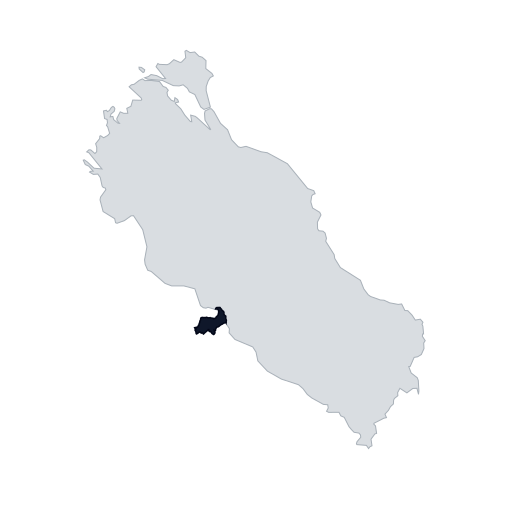 location of Hatay within Turkey, rotated 47°
{"feature_id": "TUR-2289", "entity_name": "Hatay", "entity_type": "Province", "adm_level": 1, "iso_a3": "TUR", "parent_name": "Turkey", "parent_adm1": "", "projection": "orthographic", "projection_center": [36.26, 36.42], "detail": "fine", "context": "in_parent", "style": "filled", "palette": "ink", "viewbox_px": 512, "rotation_deg": 47, "n_neighbors": 0, "source": "natural_earth", "source_scale": "10m", "svg_char_len": 5654}
<svg xmlns="http://www.w3.org/2000/svg" viewBox="0 0 512 512"><g transform="rotate(47 256 256)"><path d="M390.4,182.2L397.4,184.3L399.5,182.3L405.8,182.2L411.5,183.2L414.3,178.9L418.3,179.1L419.2,181.2L421.1,181.8L427.3,186.6L426.7,187.3L428.2,189.1L433.3,190.0L434.0,192.7L438.3,196.3L440.8,202.3L439.9,206.6L438.0,209.5L441.9,218.5L441.0,219.7L447.4,222.3L455.1,221.1L457.7,222.2L465.8,228.9L468.0,231.5L462.5,228.5L459.8,231.7L459.0,239.0L450.9,241.0L452.5,245.6L454.9,247.5L454.6,252.0L455.3,253.7L457.9,256.4L457.9,260.4L459.2,264.5L459.6,269.5L463.2,270.8L461.8,273.2L458.8,283.7L459.2,284.5L461.8,284.5L468.0,288.8L467.2,290.4L468.4,296.8L473.9,300.6L473.2,302.9L473.6,305.0L469.8,304.4L462.8,310.8L461.9,310.7L460.7,308.8L460.0,303.0L458.1,301.6L455.7,301.5L451.8,304.5L448.1,304.6L444.3,304.4L434.2,301.5L430.7,303.0L426.9,301.9L419.9,309.5L417.7,310.3L416.4,306.8L413.7,305.0L410.5,307.9L398.0,312.0L392.2,312.9L385.0,312.1L379.1,312.7L363.3,321.4L347.9,326.2L334.0,326.2L326.3,321.5L320.3,320.4L302.7,328.3L293.9,328.1L291.0,325.0L284.3,323.8L282.9,326.8L281.5,333.9L283.9,340.5L280.1,340.9L277.7,342.4L277.0,347.3L273.5,349.2L272.4,352.3L271.8,352.4L266.2,349.8L267.7,347.4L264.3,338.3L266.0,335.4L273.2,328.0L273.0,323.7L270.0,320.6L260.8,326.1L260.0,328.2L257.9,329.8L254.4,330.4L238.3,323.1L228.6,329.2L220.3,338.1L214.0,341.2L195.8,343.2L192.6,344.9L186.4,342.7L182.8,340.1L174.9,329.5L159.5,320.9L143.0,318.1L141.4,320.0L140.4,328.0L137.3,335.3L135.9,336.0L132.3,333.9L119.2,337.5L108.6,331.8L106.9,329.5L105.1,320.6L103.5,319.9L101.7,321.0L99.8,320.8L92.4,316.4L88.2,315.8L85.4,319.3L81.1,320.5L81.1,319.4L82.9,317.2L76.3,317.0L72.7,318.5L68.1,317.0L68.5,316.0L72.4,315.2L81.3,314.6L87.3,309.3L66.5,307.8L64.4,308.8L64.4,305.8L65.7,304.5L71.2,303.9L71.1,301.4L68.0,298.4L64.5,296.7L63.5,290.2L61.8,288.5L62.1,287.6L65.6,286.8L66.7,282.3L66.5,279.4L60.2,276.3L58.6,276.4L57.3,273.8L54.6,271.8L52.2,273.0L45.9,268.6L47.4,266.0L49.1,266.2L49.6,264.1L48.7,260.5L49.0,258.6L50.5,258.3L52.1,258.8L53.5,261.1L53.3,265.2L54.8,267.8L56.3,265.5L59.2,267.1L64.7,266.4L65.9,265.4L61.9,265.1L60.5,264.0L58.0,257.0L61.5,255.4L64.2,252.4L59.9,249.8L61.2,245.4L57.9,239.8L63.8,233.8L63.6,232.8L62.0,232.2L45.7,233.4L45.8,230.4L47.3,228.0L47.9,221.6L49.0,218.3L52.0,217.6L56.2,212.9L62.6,207.6L68.7,208.3L71.3,206.9L74.9,207.1L75.7,209.6L78.7,211.5L84.3,211.7L87.2,210.4L84.9,207.3L88.1,206.6L90.6,207.6L88.9,210.6L89.7,211.0L97.0,210.6L104.5,212.0L112.9,212.3L114.0,211.4L108.4,207.7L112.4,205.2L114.6,204.8L132.3,203.4L132.4,202.8L121.8,200.6L116.6,196.4L115.2,194.3L116.7,189.4L118.0,188.2L121.8,188.3L134.8,191.5L144.3,190.7L154.3,194.6L164.1,194.5L166.3,193.1L169.0,188.5L183.2,181.2L188.2,177.3L209.9,170.1L241.9,172.2L247.6,169.2L250.8,170.3L249.9,172.3L250.0,174.2L253.8,179.0L259.5,181.9L267.5,179.6L270.3,180.5L273.1,188.0L278.1,192.4L280.4,192.8L283.5,190.1L286.3,189.8L291.1,192.4L292.8,195.0L308.3,197.9L311.5,200.1L322.0,202.2L345.0,196.2L353.6,199.6L360.8,200.4L363.8,199.8L372.9,195.1L375.7,192.5L381.4,190.2L388.4,185.0L390.4,182.2ZM95.2,164.4L94.3,167.7L95.3,171.5L98.1,176.8L101.1,179.7L116.0,187.8L113.3,194.1L109.3,194.8L96.2,190.6L90.5,192.8L86.7,191.8L81.1,192.5L79.2,196.2L75.0,200.3L63.7,204.8L52.7,214.7L49.7,215.9L51.4,212.3L51.7,209.0L56.4,205.6L62.7,203.3L64.5,201.1L49.4,200.0L48.3,196.5L49.9,196.0L55.5,190.5L56.3,188.2L56.4,182.2L62.7,179.5L63.4,178.1L63.1,172.2L57.8,168.3L58.1,166.7L62.3,165.5L65.0,161.7L70.9,161.5L73.9,159.8L79.0,159.3L84.7,164.9L92.4,163.7L95.2,164.4ZM44.8,213.5L39.6,213.9L38.1,212.8L39.9,211.2L44.0,210.4L45.1,212.3L44.8,213.5Z" fill="#d9dde1" stroke="#a8b0b8" stroke-width="1"/><path d="M284.3,323.1L284.1,323.0L283.9,323.0L283.9,323.7L283.7,324.3L283.3,324.8L283.0,325.4L282.9,326.1L282.9,326.6L282.8,327.2L282.5,327.9L282.2,329.2L282.2,330.5L282.1,331.7L281.4,332.9L281.3,333.3L281.4,333.8L281.8,335.4L282.0,335.6L282.1,335.8L282.5,335.9L282.6,336.0L282.8,336.4L282.8,336.6L282.8,336.9L282.7,337.3L282.6,337.6L282.4,337.6L282.7,337.8L283.5,337.9L283.9,338.1L284.1,338.4L284.4,338.8L284.5,339.3L284.6,339.7L284.6,340.4L284.5,340.6L282.8,341.0L282.4,341.0L280.6,340.7L280.1,340.8L279.9,340.9L279.8,341.0L279.8,341.3L279.6,341.4L279.4,341.5L279.2,341.5L278.5,341.4L278.2,341.3L277.9,341.1L277.6,340.7L277.3,341.0L277.7,341.4L277.6,341.6L277.4,341.8L277.3,342.1L277.3,342.5L277.2,346.7L277.3,347.6L276.7,347.7L275.8,347.4L275.3,347.6L275.1,348.6L274.8,348.7L274.2,348.5L273.4,348.8L272.9,349.7L272.7,351.7L272.5,352.6L272.4,352.6L272.0,352.7L270.6,351.7L269.9,351.4L269.2,351.3L268.8,351.2L268.5,351.0L268.5,350.6L268.6,350.3L268.6,349.9L268.3,349.5L267.8,349.6L267.3,349.8L266.8,349.9L266.6,349.8L266.9,349.4L267.9,347.6L268.2,347.4L268.1,346.8L267.5,344.8L265.9,342.0L265.5,341.6L265.2,341.1L265.0,340.2L264.6,339.8L264.3,339.4L264.0,339.1L263.7,338.4L263.8,338.0L264.4,337.0L264.6,336.8L264.8,336.6L265.1,336.5L265.4,336.5L265.5,336.4L265.8,335.7L266.0,335.5L266.4,335.3L266.6,335.1L266.7,334.8L266.8,334.2L267.1,334.0L267.2,333.9L267.4,333.7L268.3,333.4L268.5,333.3L269.7,331.9L269.8,331.6L270.1,331.6L272.6,329.9L273.0,329.9L273.2,329.6L273.5,329.1L273.8,328.5L273.9,328.1L273.9,327.7L273.8,327.4L273.7,327.1L273.6,326.8L273.5,326.6L273.6,324.8L273.5,324.3L273.2,323.8L271.9,321.8L271.0,321.0L270.2,320.4L269.3,320.2L268.5,320.5L267.6,321.2L267.2,321.7L266.8,321.1L266.9,319.9L268.8,317.7L269.2,317.4L269.7,317.5L270.3,317.7L271.3,317.5L272.2,317.8L273.2,317.8L274.3,317.5L275.4,317.9L276.2,318.7L277.1,319.3L278.3,319.3L279.4,319.1L281.0,320.7L282.8,321.5L283.2,321.9L283.5,322.5L283.8,322.7L284.1,322.8L284.3,323.1L284.3,323.1Z" fill="#0f172a" stroke="#020617" stroke-width="1.5"/></g></svg>